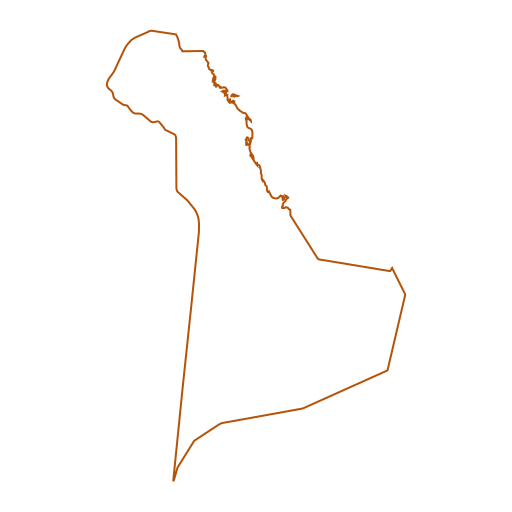 SVG path tracing the border of Ash Sharqiyah
{"feature_id": "SAU-1098", "entity_name": "Ash Sharqiyah", "entity_type": "Region", "adm_level": 1, "iso_a3": "SAU", "parent_name": "Saudi Arabia", "parent_adm1": "", "projection": "equal_earth", "projection_center": [49.771, 23.094], "detail": "fine", "context": "isolated", "style": "outline", "palette": "amber", "viewbox_px": 512, "rotation_deg": 0, "n_neighbors": 0, "source": "natural_earth", "source_scale": "10m", "svg_char_len": 5848}
<svg xmlns="http://www.w3.org/2000/svg" viewBox="0 0 512 512"><path d="M268.9,191.4L271.0,195.5L272.3,197.4L273.7,198.1L275.4,198.4L277.0,198.4L278.4,197.8L280.3,195.9L280.4,196.2L281.8,196.0L282.5,196.8L282.9,196.5L282.9,197.1L282.7,197.4L282.4,197.7L282.5,198.1L282.7,198.5L282.6,199.8L282.8,200.0L283.2,199.8L283.6,199.4L284.4,197.8L285.1,197.0L285.3,196.6L285.3,195.7L285.7,196.0L286.7,196.1L287.0,197.1L287.8,197.2L288.2,197.5L288.2,197.8L286.7,198.6L286.5,199.2L286.4,199.2L285.7,200.0L285.4,201.1L283.7,202.6L282.9,204.1L282.7,206.4L282.2,206.5L282.1,207.8L282.2,208.0L284.0,208.2L284.6,208.0L285.4,207.3L285.9,207.2L287.7,207.7L288.2,208.2L289.0,209.3L290.2,209.7L290.4,211.2L290.4,214.5L290.5,215.5L291.0,216.4L317.7,258.5L318.2,259.1L318.9,259.4L389.8,271.1L390.2,271.0L392.1,268.0L404.8,293.6L405.1,294.4L405.1,295.3L387.5,370.4L302.7,408.5L221.8,423.1L219.1,424.4L194.9,440.3L194.2,440.8L177.8,467.1L177.3,468.3L174.0,479.8L173.2,481.3L182.6,388.1L190.5,313.4L198.9,232.2L199.0,223.9L198.6,219.3L198.0,216.7L196.8,213.4L195.6,211.0L194.5,209.2L187.5,200.5L177.7,191.9L177.2,191.2L176.7,189.8L176.4,188.2L176.1,138.3L175.8,136.4L175.2,135.1L174.4,134.3L165.6,130.0L165.0,129.6L164.5,128.9L163.8,127.5L159.3,122.1L158.7,121.7L158.0,121.4L157.4,121.4L153.2,122.3L152.0,122.1L150.7,121.5L143.9,115.6L142.2,114.4L140.9,113.9L139.7,113.6L135.2,113.5L134.0,113.2L133.4,112.8L132.2,111.9L129.6,108.9L127.9,106.4L127.4,105.8L126.8,105.4L124.1,105.0L122.9,104.6L115.1,99.2L114.5,98.5L113.8,97.4L113.5,96.5L112.8,93.3L112.5,92.4L112.0,91.6L110.8,90.3L108.2,88.1L107.2,86.4L107.0,85.6L106.9,84.9L107.0,83.6L107.2,82.5L107.9,80.5L108.5,79.2L113.3,72.6L114.6,70.3L124.6,48.8L126.3,45.9L128.5,43.1L131.2,40.1L135.1,37.6L148.1,31.9L148.5,31.4L151.4,30.7L176.0,34.4L177.6,37.7L179.1,42.6L179.3,45.5L180.0,47.7L180.4,48.5L182.1,50.3L182.3,51.3L203.3,51.0L204.0,51.9L205.0,52.5L205.1,52.8L205.3,54.4L205.3,55.6L205.1,56.4L204.5,56.2L204.3,56.7L204.8,56.7L205.3,56.6L205.6,56.2L205.8,55.7L206.1,55.9L206.1,56.2L205.8,56.9L205.6,57.9L205.7,59.2L206.1,59.9L208.4,62.9L208.5,63.3L208.1,64.0L207.9,64.7L207.9,65.5L208.0,66.2L209.3,68.6L209.3,69.2L210.6,70.0L211.9,70.0L213.1,70.6L212.9,71.3L212.7,71.4L212.3,71.3L211.9,71.6L211.7,71.8L211.8,72.3L212.6,73.5L213.2,74.1L213.7,74.3L214.3,75.6L215.5,76.9L215.6,77.3L215.3,78.0L215.3,78.9L215.4,79.1L215.4,79.3L214.7,80.5L214.4,80.9L214.6,80.1L214.6,79.2L214.6,78.7L214.9,78.1L214.8,77.6L214.4,78.1L213.9,79.5L213.4,79.8L214.0,77.8L213.9,77.1L213.7,77.2L213.4,77.7L212.9,80.3L212.9,80.9L212.7,81.2L212.7,81.4L213.1,81.4L213.2,81.2L213.4,80.6L213.6,80.3L213.6,82.0L213.7,82.4L214.0,82.3L214.2,82.0L214.4,81.6L214.6,82.0L214.5,83.1L214.9,83.3L215.2,83.1L215.5,82.4L215.5,83.0L215.3,83.4L215.4,83.7L215.4,84.0L214.9,84.1L215.3,85.1L214.6,84.7L214.4,84.7L214.2,85.1L214.7,85.4L215.2,85.4L215.6,85.0L215.9,84.4L216.1,84.4L216.2,84.9L215.9,85.3L215.8,86.0L215.9,86.6L216.4,86.6L216.6,86.4L216.2,85.6L216.5,85.3L216.8,85.1L217.9,84.9L218.3,85.1L219.3,86.1L220.3,86.8L220.6,87.2L220.0,87.7L220.4,87.9L220.8,87.8L220.9,87.6L220.8,87.2L221.7,87.6L222.8,87.7L223.7,87.2L225.4,87.6L225.8,88.1L226.5,89.2L227.0,89.7L227.2,89.9L227.4,91.2L227.1,91.2L226.8,91.0L226.8,90.7L226.8,90.2L226.6,90.2L226.1,91.0L224.5,90.8L224.0,91.5L223.8,91.5L223.6,90.8L223.1,90.8L222.1,91.5L223.2,92.0L223.8,92.6L224.2,92.7L224.5,93.1L225.1,92.5L225.4,92.0L226.1,92.5L225.9,93.0L225.1,93.7L224.9,95.5L225.5,95.2L226.1,94.6L226.5,94.5L227.4,95.0L227.2,95.7L227.6,97.9L227.5,99.5L227.7,100.1L228.1,100.1L228.1,100.7L228.3,101.0L228.6,100.9L228.9,100.6L228.7,100.0L229.0,99.7L229.4,99.6L229.8,100.1L230.0,99.8L230.1,100.2L229.7,101.7L229.5,101.8L228.9,101.8L229.1,102.2L229.8,102.4L230.0,102.8L230.3,102.6L230.8,101.6L231.0,101.8L230.7,102.5L230.9,102.6L231.6,102.3L232.8,102.8L233.2,102.8L232.5,101.9L232.3,101.3L232.7,100.8L233.0,100.8L233.5,101.2L233.8,101.3L234.0,101.2L234.5,100.6L234.2,102.0L234.2,102.6L234.5,103.9L235.2,104.4L235.7,105.1L237.3,108.1L238.1,109.3L239.1,109.9L240.0,110.9L241.8,111.9L242.8,112.8L244.8,113.0L245.6,113.6L246.4,114.5L247.8,116.8L248.3,117.8L250.3,119.5L250.8,120.1L250.9,121.1L249.6,119.7L248.9,119.2L247.0,118.8L246.8,118.4L246.5,117.1L246.3,117.3L246.1,117.9L245.9,118.5L245.9,119.4L246.0,119.8L246.6,120.7L246.5,123.6L247.2,126.4L247.5,127.0L248.0,127.6L248.5,127.9L250.9,128.9L251.7,129.8L252.2,131.1L252.4,132.7L252.4,136.8L252.3,137.7L252.0,138.4L251.4,138.8L251.4,138.2L251.2,138.1L250.9,138.2L250.7,138.6L250.9,139.5L250.8,141.0L250.3,143.4L249.9,143.0L249.8,142.5L249.7,141.4L249.5,140.9L248.8,140.1L248.4,139.9L248.4,138.8L248.2,138.3L247.7,137.5L247.3,137.3L247.0,137.4L246.2,139.1L245.7,139.6L245.9,140.1L246.3,140.7L246.7,141.9L246.2,142.2L246.1,142.5L246.3,144.1L246.1,144.7L246.6,144.9L247.0,144.6L247.2,144.0L247.1,143.4L247.3,143.5L247.8,144.2L248.2,144.3L248.2,144.9L249.2,145.1L249.5,145.6L249.6,146.3L249.9,147.0L249.4,147.9L249.7,149.7L250.3,151.6L250.9,152.8L252.6,155.3L253.3,156.7L253.6,158.4L253.4,158.4L252.9,156.7L252.7,156.4L252.4,156.3L251.6,155.8L251.3,155.1L250.8,154.7L250.4,154.7L250.3,155.4L250.5,155.9L251.2,156.5L251.5,156.9L251.7,156.4L251.8,156.4L252.9,159.1L256.1,164.0L256.8,164.8L256.5,163.2L257.0,162.9L257.2,163.8L257.6,164.2L257.8,164.7L259.3,165.3L259.5,165.7L260.1,167.3L259.8,167.6L260.2,168.2L260.9,170.2L261.0,171.1L260.8,172.8L260.9,173.3L261.7,175.4L261.8,176.0L261.6,177.5L261.8,179.1L262.1,179.9L262.4,180.4L262.6,179.6L263.3,180.4L264.4,182.1L264.8,182.7L265.4,185.2L266.1,185.7L266.7,186.4L266.9,187.8L267.0,190.1L267.6,191.8L267.9,192.1L268.3,192.1L268.9,191.4ZM233.7,94.3L234.9,95.0L237.8,96.0L237.3,96.2L236.0,95.8L235.5,95.8L235.1,96.0L234.4,96.7L234.1,96.5L233.6,96.2L234.0,95.8L234.1,95.6L233.7,95.1L233.4,95.0L232.2,95.4L231.9,95.8L231.4,97.0L231.3,96.1L231.8,95.1L232.6,94.4L233.4,94.2L233.7,94.3Z" fill="none" stroke="#b45309" stroke-width="2"/></svg>